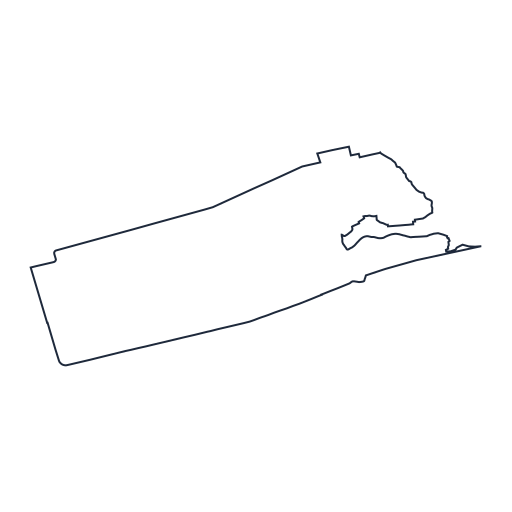 outline of Izbiceni, Olt, Romania
{"feature_id": "2599482B11168093358018", "entity_name": "Izbiceni", "entity_type": "district", "adm_level": 2, "iso_a3": "ROU", "parent_name": "Romania", "parent_adm1": "Olt", "projection": "equal_earth", "projection_center": [24.689, 43.819], "detail": "fine", "context": "isolated", "style": "outline", "palette": "slate", "viewbox_px": 512, "rotation_deg": 0, "n_neighbors": 0, "source": "geoboundaries", "source_scale": "gbopen_adm2", "svg_char_len": 5325}
<svg xmlns="http://www.w3.org/2000/svg" viewBox="0 0 512 512"><path d="M262.3,317.0L264.5,316.3L268.2,315.0L274.4,312.6L280.4,310.5L286.7,308.4L292.9,306.0L299.2,303.8L305.5,301.3L311.8,298.8L318.1,296.2L321.7,294.8L321.5,294.5L323.9,293.6L330.4,291.0L336.9,288.5L343.1,286.0L349.2,283.5L349.6,283.3L350.2,282.9L351.2,282.1L352.2,281.5L352.9,281.3L354.0,281.3L357.4,281.8L358.3,282.0L359.2,282.1L360.3,282.0L361.8,281.8L363.2,281.5L363.7,281.3L364.1,281.0L364.3,280.7L364.4,280.3L364.8,278.8L365.2,277.8L365.9,275.4L376.4,271.9L383.3,269.6L386.2,268.7L405.8,263.2L416.4,260.2L481.1,246.2L481.3,246.2L480.1,246.3L479.9,246.3L475.1,246.7L468.8,246.4L462.6,244.7L457.2,247.4L456.7,247.7L455.6,249.6L450.4,251.4L446.2,251.5L445.9,249.9L448.2,248.7L447.9,247.1L448.8,245.0L448.4,241.9L449.6,240.9L448.5,238.1L447.6,238.3L447.0,237.0L447.1,236.1L443.4,234.7L438.1,233.2L433.8,233.7L431.9,234.3L429.4,235.0L428.3,235.6L428.1,235.6L426.9,236.2L422.5,236.5L419.4,236.7L415.0,236.9L411.8,237.1L411.6,237.2L411.2,237.2L410.9,237.2L410.6,237.2L410.3,237.2L409.9,237.1L409.5,237.0L409.3,236.9L407.9,236.6L406.8,236.3L404.9,235.7L403.9,235.5L402.5,235.2L402.4,235.1L401.6,234.9L400.5,234.6L399.5,234.3L399.3,234.2L399.0,234.2L398.4,234.1L397.8,234.0L396.2,233.8L395.3,233.8L394.2,233.9L393.7,234.0L392.2,234.2L391.7,234.3L391.0,234.5L390.5,234.7L390.1,234.8L389.8,234.9L388.8,235.3L388.7,235.3L388.0,235.6L387.7,235.7L386.6,236.2L385.9,236.5L384.6,237.2L384.1,237.5L383.9,237.6L383.4,237.8L382.6,238.0L381.0,238.2L380.1,238.2L379.5,238.2L378.1,238.1L377.0,237.8L376.7,237.7L376.2,237.6L375.8,237.5L375.2,237.3L374.8,237.2L374.6,237.2L374.2,237.1L373.8,237.0L373.6,237.0L373.1,237.0L371.9,237.0L371.4,237.0L370.9,236.9L370.5,236.8L369.2,236.5L367.9,236.2L366.7,236.2L366.0,236.3L365.2,236.5L364.7,236.6L363.7,237.0L363.2,237.2L362.6,237.6L361.9,238.0L361.1,238.6L360.7,239.0L360.2,239.4L359.0,240.6L358.6,241.1L358.0,241.7L357.2,242.5L355.9,244.0L355.5,244.4L355.3,244.7L354.9,245.1L354.7,245.3L354.2,245.8L353.1,246.6L352.4,247.2L351.7,247.6L351.2,247.8L350.6,248.1L350.0,248.4L349.7,248.6L349.1,249.0L348.6,249.2L348.5,249.3L348.3,249.4L348.0,249.5L347.7,249.5L347.4,249.5L347.2,249.5L347.0,249.4L346.9,249.3L346.8,249.2L346.6,249.0L346.2,248.3L346.1,248.0L345.0,246.6L344.6,246.0L343.8,244.8L343.6,244.6L343.4,244.3L343.1,243.9L342.9,243.4L342.5,242.5L342.5,242.2L342.4,241.8L342.3,241.4L342.3,240.7L342.3,240.1L342.4,239.6L342.3,239.0L342.3,238.7L342.2,237.9L342.0,237.0L341.9,236.7L341.8,236.2L341.8,235.8L341.8,235.6L341.7,234.8L341.7,234.7L341.8,234.7L342.1,234.9L343.7,235.8L343.9,236.0L344.2,236.0L344.4,236.0L344.8,236.0L345.1,235.9L345.7,235.5L346.1,235.3L346.5,235.0L346.8,234.9L348.5,233.6L349.3,232.9L350.7,231.8L351.1,231.5L351.9,230.5L352.3,229.8L352.3,229.7L352.4,229.4L352.4,228.7L352.0,226.7L352.5,226.3L353.0,226.1L355.4,225.0L359.1,223.4L358.6,222.0L359.1,221.6L361.4,220.2L364.2,218.3L364.2,218.2L363.5,216.4L363.9,216.3L364.1,216.2L364.3,216.2L365.2,216.0L365.4,216.0L365.8,216.1L366.1,216.1L366.8,216.0L367.8,215.9L368.4,215.7L369.5,215.6L369.8,215.6L370.4,215.8L371.9,216.2L372.5,216.2L373.7,216.3L374.0,216.3L375.0,216.2L376.4,215.9L376.6,218.1L376.7,219.7L376.8,219.9L377.1,220.2L377.5,220.5L378.0,220.8L379.6,222.0L380.0,222.3L380.5,222.5L380.8,222.5L381.8,222.9L382.5,223.0L383.1,223.2L384.0,223.6L385.5,224.3L386.4,224.7L386.9,224.8L387.5,224.9L387.8,224.8L387.9,225.2L388.0,226.2L388.0,226.3L388.4,226.3L390.1,226.2L395.3,225.8L399.5,225.5L405.2,225.0L408.1,224.8L409.2,224.7L410.7,224.5L413.2,224.3L413.0,221.7L415.1,221.5L414.9,219.7L416.4,219.5L418.9,219.1L423.0,218.5L424.6,217.5L425.1,217.3L426.1,216.5L427.3,215.5L429.1,214.3L430.2,213.6L431.2,213.2L431.9,212.9L432.3,212.6L432.2,212.0L432.1,210.9L432.2,210.1L432.3,208.1L432.0,207.1L431.7,206.6L431.6,206.0L431.5,205.1L431.8,203.8L431.9,202.0L431.6,201.1L431.0,200.6L429.8,199.9L428.8,199.4L427.7,199.1L426.8,198.6L426.1,198.2L425.4,197.3L425.0,196.7L424.5,195.7L424.2,193.9L423.8,193.3L423.0,192.7L421.6,192.6L419.1,191.7L416.5,189.9L415.3,188.4L413.7,186.5L412.4,185.0L411.7,183.9L411.5,183.0L411.3,182.1L410.5,181.4L409.2,181.1L408.7,180.5L406.7,178.0L406.2,177.3L406.0,176.6L405.8,175.1L405.4,173.9L405.0,173.6L403.7,172.7L403.4,172.3L403.1,171.0L402.3,170.0L401.6,169.3L400.4,168.2L399.6,167.2L399.0,167.1L397.3,166.8L396.8,166.6L396.7,166.3L396.0,164.5L395.1,162.6L392.6,160.6L391.8,159.8L390.9,159.1L388.4,157.8L383.9,155.2L382.6,154.4L381.4,153.7L380.6,153.0L380.2,152.5L380.0,152.8L372.5,154.4L359.7,157.3L358.8,153.8L350.9,155.4L348.9,146.7L332.8,150.0L329.2,150.8L317.3,153.5L318.6,157.3L320.3,162.4L302.2,166.5L272.1,180.3L253.0,188.8L252.6,189.0L212.8,207.2L204.5,209.6L154.0,223.5L130.7,230.0L55.9,250.5L55.1,251.0L54.6,251.6L54.2,252.5L54.2,253.2L54.3,254.0L55.3,257.4L55.7,258.7L55.9,259.5L55.6,260.6L55.2,261.1L54.7,261.6L54.2,261.9L52.8,262.3L36.0,266.2L30.7,267.5L46.2,319.6L47.2,322.9L47.6,322.8L55.4,349.3L59.0,360.8L59.6,362.1L60.7,363.3L61.5,364.0L62.1,364.4L63.0,364.8L63.6,365.0L64.5,365.2L65.3,365.3L66.2,365.3L68.6,364.8L90.4,359.7L94.0,358.8L98.4,357.7L112.6,354.2L125.5,351.0L131.1,349.8L138.2,348.1L145.9,346.4L152.5,344.8L184.5,337.2L194.9,334.8L207.5,331.7L210.4,331.1L217.3,329.3L225.9,327.3L235.7,325.0L243.4,323.2L249.7,321.6L254.0,320.1L259.2,318.1L262.3,317.0Z" fill="none" stroke="#1e293b" stroke-width="2"/></svg>